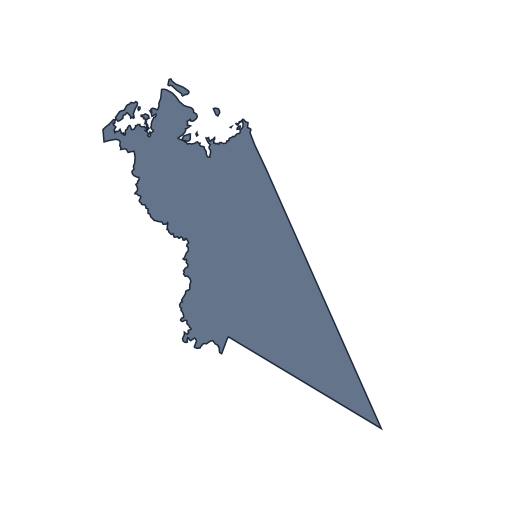 Lunga Lunga, Coast, Kenya (Albers equal-area conic projection), rotated 211°
{"feature_id": "3690345B53478860661951", "entity_name": "Lunga Lunga", "entity_type": "district", "adm_level": 2, "iso_a3": "KEN", "parent_name": "Kenya", "parent_adm1": "Coast", "projection": "albers", "projection_center": [39.245, -4.434], "detail": "fine", "context": "isolated", "style": "filled", "palette": "slate", "viewbox_px": 512, "rotation_deg": 211, "n_neighbors": 0, "source": "geoboundaries", "source_scale": "gbopen_adm2", "svg_char_len": 6183}
<svg xmlns="http://www.w3.org/2000/svg" viewBox="0 0 512 512"><g transform="rotate(211 256 256)"><path d="M59.7,172.6L293.3,336.5L314.1,350.4L324.6,358.6L325.5,361.8L326.6,362.2L329.4,361.7L331.5,366.2L334.2,365.7L336.6,366.6L337.8,366.4L338.0,364.3L337.2,365.1L336.6,363.9L335.0,362.5L333.7,359.6L334.3,355.6L333.4,354.0L333.2,352.7L335.2,351.0L336.0,347.2L337.5,346.5L337.8,345.3L339.5,343.1L338.8,340.6L340.2,339.8L339.8,337.9L340.3,336.7L342.7,335.3L344.2,335.4L345.7,334.4L345.4,332.6L347.3,332.5L348.2,331.4L349.5,331.6L350.4,331.0L352.0,334.0L351.6,335.1L352.5,336.2L353.0,334.6L352.8,333.1L354.0,332.6L354.0,331.3L355.1,330.6L357.6,333.1L358.3,332.0L359.6,331.6L358.8,330.7L354.7,328.3L352.5,328.0L352.4,325.2L351.3,323.9L349.5,323.4L347.7,320.3L347.3,317.8L346.5,317.2L347.5,316.3L348.5,316.0L349.8,316.7L350.9,317.6L352.6,320.0L355.4,321.3L356.7,322.8L358.1,322.6L359.9,321.6L361.7,322.2L362.0,323.9L363.5,323.1L364.9,323.8L365.9,322.6L366.6,320.9L369.1,318.7L371.2,318.0L372.4,316.7L373.8,317.3L376.4,317.2L377.9,317.6L381.7,316.7L383.6,316.9L381.0,323.1L380.7,326.1L381.0,327.6L382.0,328.7L381.0,329.6L379.1,333.8L382.5,332.9L383.0,334.6L384.4,335.8L382.6,339.3L381.7,338.0L379.8,338.8L378.7,340.4L378.0,342.6L378.0,345.0L380.0,347.0L383.4,347.0L384.7,348.8L386.6,349.6L388.6,349.6L391.5,348.6L395.5,347.9L401.3,348.9L406.1,351.1L411.7,352.6L418.0,352.4L420.3,351.8L422.7,350.2L418.9,342.2L418.0,337.1L416.3,334.4L415.8,331.6L416.1,330.2L418.5,330.2L420.9,329.3L421.7,327.5L419.8,325.9L421.4,325.6L419.2,324.4L417.1,322.1L414.9,326.1L413.9,324.7L414.0,322.9L414.9,322.3L414.5,317.8L413.6,315.0L412.7,313.5L412.6,312.2L410.4,310.9L408.9,310.9L408.2,310.2L409.4,307.3L410.8,307.7L410.4,306.2L408.6,305.4L408.7,303.2L410.8,303.3L410.8,304.6L412.6,306.2L415.8,306.5L415.2,307.4L414.0,307.8L416.0,309.4L417.1,308.9L418.4,309.5L420.2,308.0L422.5,307.7L423.3,308.9L424.9,307.9L425.5,306.4L426.4,305.7L425.7,304.9L425.9,301.7L427.7,300.3L430.9,302.8L431.9,302.6L432.2,299.9L431.8,298.2L432.6,297.0L432.3,295.8L430.5,292.7L430.9,291.9L432.2,291.7L432.2,293.1L433.2,293.2L434.2,291.7L437.8,294.6L438.1,292.4L438.9,291.3L440.3,290.8L440.3,289.0L442.0,290.2L442.7,291.8L442.5,294.3L445.9,295.2L446.8,296.5L445.6,296.8L445.7,297.9L446.4,298.8L446.7,300.2L448.2,299.7L448.6,298.8L449.8,293.0L451.3,289.3L452.3,285.5L445.0,275.5L441.1,279.6L436.4,283.7L433.6,284.7L432.4,284.5L431.1,283.8L429.6,280.4L427.7,279.4L426.9,277.5L423.8,280.2L422.6,280.6L421.9,280.6L418.9,278.9L416.7,281.2L414.3,282.9L410.5,278.4L407.9,273.2L407.2,269.5L405.3,267.7L405.9,264.9L405.5,263.9L403.9,262.6L401.7,262.0L398.1,262.4L397.0,263.1L396.7,262.9L395.5,261.3L395.9,259.3L395.1,257.1L395.9,255.5L392.3,253.1L391.3,250.4L392.0,248.3L391.9,247.0L389.8,247.8L387.9,247.3L386.0,248.0L385.0,247.0L384.7,243.3L383.7,242.6L381.4,242.1L380.7,241.4L379.8,241.5L377.9,242.5L376.8,242.4L374.9,240.3L372.9,240.8L370.5,237.0L368.4,237.3L366.5,235.4L361.4,234.0L360.3,234.7L358.0,235.0L354.3,236.7L351.8,235.4L349.4,237.1L348.9,239.0L348.3,238.4L347.1,235.3L346.2,234.1L346.2,233.0L345.4,232.8L344.5,233.2L342.9,231.6L340.0,230.9L339.6,230.9L338.7,232.4L336.2,230.2L335.4,230.1L333.2,232.2L331.4,231.4L330.9,231.6L330.2,233.7L329.6,233.8L327.9,233.6L327.0,232.1L325.5,232.7L325.2,233.2L325.6,234.5L324.8,235.0L320.9,233.1L320.6,232.2L321.1,230.8L320.7,229.1L320.4,228.7L318.6,228.5L316.8,225.6L317.3,222.8L316.5,217.9L317.0,215.9L315.2,215.9L314.0,217.3L313.6,217.1L312.4,214.4L310.2,213.8L309.4,212.7L309.1,211.2L310.3,209.2L310.5,205.9L309.6,205.5L309.0,204.7L308.9,203.3L306.2,202.1L304.6,203.5L301.2,202.7L299.2,201.2L298.6,200.2L298.0,197.4L295.8,193.5L296.3,191.8L297.2,191.4L298.0,189.7L297.0,187.0L297.1,180.1L296.6,179.3L295.5,178.9L296.5,177.3L296.4,174.9L294.5,172.9L292.9,172.7L292.5,170.9L289.6,169.8L287.0,167.2L286.4,165.9L287.7,164.6L287.9,162.8L287.4,162.0L285.6,161.8L284.8,162.4L283.9,164.3L282.2,164.9L281.7,164.8L280.4,162.4L277.4,161.7L276.5,160.8L274.3,160.4L274.0,159.9L274.3,159.0L275.8,157.3L275.1,155.9L274.3,155.9L274.3,153.9L275.6,153.4L278.2,153.8L276.9,151.7L276.4,147.2L274.5,145.5L272.6,145.4L271.3,145.9L270.5,146.9L272.2,149.1L272.4,150.9L271.4,151.0L270.7,150.1L268.4,149.7L266.3,154.1L264.5,153.5L263.1,152.3L262.2,146.5L261.0,146.0L260.3,146.5L259.4,146.4L258.2,147.0L256.5,148.5L256.9,150.0L256.3,151.4L256.5,152.7L255.1,154.5L253.2,155.2L251.7,158.8L250.4,160.5L249.2,161.1L245.7,159.7L242.2,159.8L242.1,159.3L240.8,158.4L240.0,158.5L239.2,156.6L237.4,154.5L235.1,154.6L238.0,169.9L238.0,172.5L59.7,172.6ZM444.0,313.1L445.9,311.4L447.3,309.4L447.8,302.4L447.0,301.6L443.9,300.4L442.8,301.4L441.0,305.4L442.1,307.7L441.8,308.8L440.7,310.1L440.7,311.6L440.2,312.5L435.6,311.2L434.4,309.6L433.1,311.8L432.2,310.9L431.6,311.8L434.4,314.8L435.4,320.5L435.3,323.7L436.3,325.9L437.3,326.6L438.6,326.4L439.4,324.2L442.2,323.4L442.7,321.1L444.0,319.3L444.4,318.1L444.0,313.1ZM403.4,356.8L402.6,355.8L401.3,355.4L400.3,357.2L398.2,359.2L397.6,360.8L398.0,362.2L399.3,362.8L405.4,363.2L413.4,362.0L418.6,362.8L419.6,363.9L420.7,363.6L421.4,362.4L419.6,357.3L418.2,357.2L417.0,358.4L415.5,358.6L409.6,357.3L403.4,356.8ZM375.9,326.3L379.8,321.6L379.5,318.4L377.9,317.7L373.7,319.2L372.8,320.1L372.4,322.1L375.1,326.8L375.9,326.3ZM364.4,362.8L367.5,361.6L368.4,360.2L362.9,356.4L360.8,356.4L361.0,360.3L362.5,362.0L364.4,362.8ZM423.1,315.8L419.7,316.8L419.4,318.3L418.5,319.3L419.7,319.6L419.9,320.5L420.5,321.1L424.1,320.8L424.9,319.1L427.0,317.5L426.5,316.6L423.3,317.0L423.1,315.8ZM336.4,359.3L337.5,358.5L337.8,357.3L338.0,356.0L337.5,354.8L335.7,356.1L335.8,358.0L336.4,359.3ZM433.3,323.4L433.1,321.4L431.8,320.3L431.1,321.4L431.4,322.9L432.2,323.9L433.3,323.4ZM418.4,313.1L416.8,310.9L415.2,310.9L416.8,312.8L418.4,313.1ZM370.5,329.8L368.7,328.3L368.1,329.8L369.4,330.2L370.3,331.5L370.5,329.8ZM420.5,315.1L419.7,313.6L419.5,312.2L418.4,313.1L419.3,315.1L420.5,315.1ZM341.4,359.1L340.4,358.6L339.1,358.8L338.8,361.3L340.3,359.5L341.3,359.5L341.4,359.1ZM338.0,364.3L339.9,361.8L338.5,362.5L337.9,363.3L338.0,364.3ZM415.1,310.9L414.6,309.9L413.8,309.2L413.4,310.4L415.1,310.9ZM344.3,353.1L343.5,353.1L343.5,354.4L344.3,353.1Z" fill="#64748b" stroke="#1e293b" stroke-width="1.5"/></g></svg>